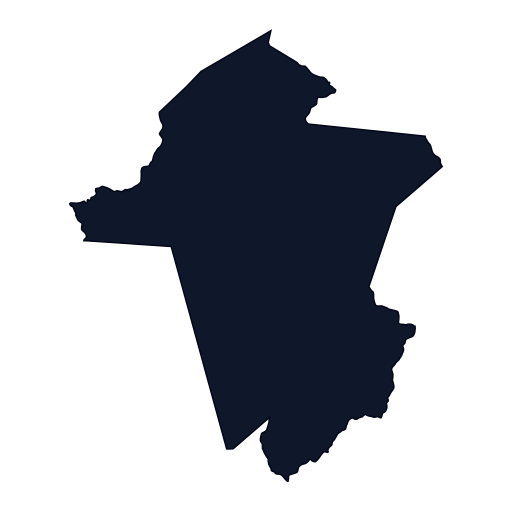 Ojojona, Francisco Morazán, Honduras
{"feature_id": "27666195B52120095193284", "entity_name": "Ojojona", "entity_type": "district", "adm_level": 2, "iso_a3": "HND", "parent_name": "Honduras", "parent_adm1": "Francisco Morazán", "projection": "natural_earth1", "projection_center": [-87.338, 13.923], "detail": "fine", "context": "isolated", "style": "filled", "palette": "ink", "viewbox_px": 512, "rotation_deg": 0, "n_neighbors": 0, "source": "geoboundaries", "source_scale": "gbopen_adm2", "svg_char_len": 5977}
<svg xmlns="http://www.w3.org/2000/svg" viewBox="0 0 512 512"><path d="M270.9,30.7L201.1,71.4L185.8,87.3L159.4,112.2L159.3,113.6L159.4,115.4L160.0,118.0L160.4,119.7L161.1,121.4L161.7,122.7L162.4,123.6L162.7,124.3L162.9,125.4L163.0,126.6L162.9,127.6L162.4,128.8L159.7,133.0L159.5,133.5L159.5,133.8L159.9,134.8L162.0,137.6L162.6,138.7L162.8,139.5L162.9,140.0L162.6,141.7L161.9,143.8L160.4,146.4L157.7,148.7L156.0,151.6L154.9,152.9L153.4,156.8L152.9,159.3L152.5,160.7L152.1,161.3L151.7,161.8L151.4,162.0L151.0,162.1L150.8,162.3L149.0,165.7L148.7,166.1L148.3,166.2L144.9,166.6L143.7,166.9L142.6,167.5L142.2,167.9L141.8,168.4L141.4,169.9L141.1,171.8L141.2,172.8L141.3,174.1L141.3,175.3L141.0,181.1L140.9,181.6L140.6,182.1L139.8,183.2L137.7,184.9L133.9,187.0L132.3,188.2L128.2,189.6L126.3,189.7L125.2,189.6L122.6,191.3L121.7,191.6L120.2,191.5L118.1,190.9L117.4,190.8L116.6,190.8L115.7,191.3L115.1,191.5L114.3,191.5L113.7,191.5L109.3,188.8L107.4,187.9L103.4,186.6L102.5,186.4L101.8,186.5L99.0,188.2L97.9,188.2L97.0,188.4L96.2,188.6L95.8,188.8L95.7,189.1L95.6,189.7L95.6,191.1L95.9,191.9L96.4,192.9L96.4,193.3L96.2,194.1L95.8,195.0L95.3,195.5L93.2,196.9L92.0,197.2L91.2,197.6L91.0,198.0L91.0,198.6L90.9,199.2L90.6,199.9L90.3,200.1L89.8,200.3L88.4,199.9L87.6,199.8L87.3,200.5L87.1,202.4L86.8,203.0L86.5,203.3L86.1,203.4L85.8,203.3L84.7,201.5L84.4,201.3L84.1,201.2L83.3,201.4L80.3,202.7L78.6,203.0L76.6,203.2L70.9,202.9L70.4,203.1L70.0,203.4L69.8,203.7L69.8,204.2L70.1,204.8L70.7,205.5L71.7,206.3L72.6,206.5L73.1,207.2L74.0,209.2L74.8,211.4L75.3,211.8L75.6,212.4L75.9,213.7L75.8,214.9L75.8,215.3L77.9,219.9L78.8,220.9L81.6,223.0L82.0,223.5L82.1,224.6L81.7,226.4L81.6,228.0L81.6,228.8L81.7,229.5L82.0,230.0L82.4,230.5L84.9,232.7L86.2,234.8L86.4,235.7L86.4,236.6L86.2,237.5L85.8,238.0L84.8,239.0L84.0,239.9L83.9,240.2L83.9,240.8L85.5,240.7L171.2,246.5L226.7,449.0L233.1,448.8L270.2,416.8L269.4,418.9L269.1,420.5L269.0,422.3L267.9,426.1L266.7,429.7L266.2,430.6L264.9,431.7L262.3,432.9L261.5,433.7L260.9,436.2L260.4,438.8L260.4,440.2L260.6,441.2L262.1,443.3L262.3,444.3L262.5,445.8L262.4,447.1L262.5,448.7L263.0,449.6L264.6,453.3L266.5,456.6L268.0,458.7L268.2,459.3L268.2,460.7L268.4,462.3L268.7,464.1L269.6,465.9L270.9,468.3L271.1,469.0L271.3,470.1L271.6,470.7L272.1,471.1L274.7,472.1L274.9,472.3L275.3,473.2L276.2,473.9L280.0,474.3L281.2,474.8L282.9,476.3L284.6,478.5L286.3,480.3L287.3,481.1L287.7,481.3L287.9,481.3L288.2,481.0L288.2,480.2L288.5,478.9L288.5,476.7L288.7,475.7L288.9,475.3L289.3,475.0L289.9,474.7L294.8,473.2L296.3,472.6L297.1,472.1L297.4,471.7L297.6,471.2L298.2,468.5L298.6,467.2L299.4,466.2L300.8,465.1L301.8,464.5L305.3,463.5L306.1,463.1L307.4,462.1L309.3,459.9L310.3,459.1L310.7,459.3L311.9,460.7L312.6,461.1L314.3,461.7L314.9,461.7L315.5,461.6L316.4,460.8L318.0,459.3L321.0,455.0L322.9,452.8L323.7,451.9L324.2,451.8L324.8,451.7L327.3,452.3L328.0,452.0L328.2,451.8L328.2,451.6L327.9,451.0L327.8,450.4L328.0,449.4L329.1,447.4L331.6,445.2L331.9,444.5L332.3,442.1L332.4,441.7L334.4,439.6L336.9,435.2L337.7,433.9L338.3,433.3L340.8,431.6L341.8,430.6L344.6,429.7L345.3,429.2L345.9,427.7L346.3,425.7L347.0,424.2L348.1,421.2L348.9,420.0L349.9,419.1L351.4,418.3L352.7,417.9L353.1,418.0L353.8,418.6L354.7,419.1L355.9,419.3L356.8,419.2L357.4,418.9L358.0,418.3L358.5,418.1L359.9,417.5L360.8,417.3L362.5,416.6L364.0,415.1L364.8,414.6L365.3,414.4L365.9,414.6L367.0,415.3L368.2,415.8L369.9,416.2L371.2,416.4L373.5,417.1L375.5,417.1L375.9,417.0L376.6,416.7L377.5,416.6L378.6,417.0L380.3,417.7L380.9,417.8L381.3,417.5L381.6,416.8L382.3,414.1L382.6,413.2L385.0,411.8L385.5,411.2L386.0,410.3L386.6,408.8L386.9,407.0L386.9,405.7L386.5,403.9L386.5,403.1L386.6,402.8L387.0,402.3L387.6,401.6L388.1,401.2L388.2,399.7L387.7,398.5L387.6,398.0L387.7,397.5L388.2,396.8L389.2,395.6L390.7,392.7L392.9,389.6L393.6,388.3L393.9,387.0L393.9,386.1L393.6,384.8L393.3,383.2L393.2,382.6L392.7,381.5L392.5,380.5L392.5,379.3L392.8,377.0L392.9,374.7L392.7,373.5L391.6,370.0L391.6,369.2L391.9,368.1L392.4,367.2L394.7,364.6L395.8,362.8L398.9,359.7L400.7,356.8L401.5,355.7L402.7,352.5L403.1,351.9L403.5,350.2L403.6,348.8L403.5,348.3L403.1,347.6L403.0,347.1L402.8,346.2L402.9,345.5L403.1,345.0L403.5,344.6L403.8,344.2L404.5,343.7L404.9,343.1L405.6,339.7L406.3,339.1L407.8,338.3L410.4,337.3L412.3,336.5L413.1,335.9L413.8,334.8L414.5,333.3L414.8,332.0L415.2,328.3L415.0,326.2L414.4,326.3L413.8,325.8L413.2,325.2L411.2,324.3L409.3,324.1L407.9,324.2L407.5,324.3L406.7,324.7L405.9,324.8L402.4,324.3L400.5,324.2L399.5,324.0L398.8,323.3L398.4,322.4L398.8,319.1L398.9,315.8L398.8,315.3L398.5,314.4L398.0,312.2L397.7,311.7L396.8,311.2L395.2,310.7L393.5,310.3L391.9,309.8L389.4,309.3L388.2,308.8L386.9,307.8L385.5,307.4L383.9,306.7L382.4,306.1L381.1,305.9L378.4,306.1L376.7,305.8L375.8,305.4L375.6,305.1L374.9,303.5L373.9,300.1L373.6,298.1L373.6,294.5L373.4,293.2L373.2,292.3L372.8,291.6L372.0,291.2L371.6,290.8L369.7,288.1L368.9,286.6L395.9,206.6L442.2,166.6L440.5,163.4L440.2,159.9L439.9,159.0L439.1,158.1L438.0,157.1L437.2,156.6L436.0,156.1L434.9,155.3L433.8,154.2L433.0,153.3L432.2,151.5L431.0,147.1L430.3,145.2L429.4,143.8L428.5,143.0L425.7,138.4L425.4,137.6L425.2,136.2L307.9,124.0L306.4,121.9L305.5,120.5L305.3,119.0L305.4,117.8L306.1,116.7L308.5,113.9L309.2,112.8L309.8,111.2L310.4,109.0L311.0,107.7L311.4,107.3L313.3,106.4L315.4,105.0L316.0,104.6L316.4,104.1L316.6,103.7L316.7,103.0L316.8,101.2L317.1,99.4L317.5,98.2L317.8,97.7L318.1,97.4L318.6,97.2L319.5,97.2L321.1,97.4L322.0,97.4L325.7,96.8L326.4,96.6L329.0,94.6L330.6,93.6L331.7,93.2L332.8,93.0L333.7,93.0L334.8,92.6L335.6,90.6L335.7,90.1L335.2,89.5L333.6,88.3L332.6,87.2L329.9,85.4L329.1,84.8L329.0,84.4L329.7,82.9L329.6,82.5L329.2,82.3L328.5,82.4L328.0,82.2L327.4,81.6L327.3,81.1L326.1,79.4L324.6,78.1L323.9,77.7L323.0,77.3L320.2,77.1L319.1,76.9L314.4,75.1L312.9,74.4L311.6,73.5L310.7,72.7L306.6,67.7L305.1,66.2L301.8,66.1L299.3,65.0L298.5,64.4L297.7,63.2L297.0,62.5L269.5,45.8L268.2,42.4L270.9,30.7Z" fill="#0f172a" stroke="#020617" stroke-width="1.5"/></svg>